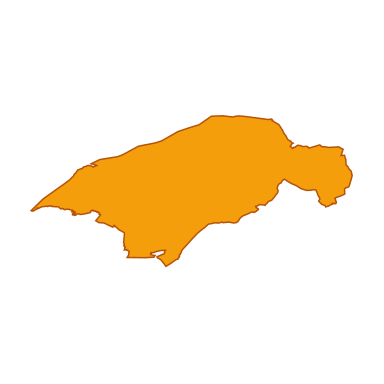 Tinn nor, Telemark, Norway (Robinson projection), rotated 338°
{"feature_id": "86288312B25517815255384", "entity_name": "Tinn nor", "entity_type": "district", "adm_level": 2, "iso_a3": "NOR", "parent_name": "Norway", "parent_adm1": "Telemark", "projection": "robinson", "projection_center": [8.504, 59.975], "detail": "fine", "context": "isolated", "style": "filled", "palette": "amber", "viewbox_px": 384, "rotation_deg": 338, "n_neighbors": 0, "source": "geoboundaries", "source_scale": "gbopen_adm2", "svg_char_len": 5845}
<svg xmlns="http://www.w3.org/2000/svg" viewBox="0 0 384 384"><g transform="rotate(338 192 192)"><path d="M345.0,224.7L346.5,220.2L346.8,219.9L346.8,217.9L347.2,215.1L343.9,214.1L348.1,209.0L346.3,206.9L345.1,205.2L344.2,204.8L343.2,204.5L342.5,204.4L341.3,203.9L335.7,202.0L331.5,199.5L329.3,198.6L328.7,197.5L328.8,197.0L327.5,196.0L325.7,196.0L316.8,195.1L316.6,194.6L316.6,194.0L315.8,192.8L311.5,191.2L310.1,189.7L307.6,188.3L305.8,188.6L304.3,189.2L303.4,188.7L302.9,188.8L301.9,189.3L301.4,189.3L301.3,188.8L301.2,188.0L301.0,187.6L300.4,187.0L300.2,186.3L303.7,184.3L303.4,184.1L303.5,184.3L303.3,184.2L303.1,184.0L303.0,183.5L302.8,183.2L302.7,182.1L300.7,179.6L300.3,178.2L300.1,175.0L299.6,173.4L299.1,172.4L299.3,171.9L299.1,170.4L299.1,168.4L298.8,167.8L298.6,166.0L297.9,162.5L297.5,161.6L295.7,159.4L294.3,157.5L293.6,156.3L293.0,155.9L293.6,155.5L293.2,154.8L293.3,154.5L293.2,154.2L292.0,153.9L291.4,153.6L290.3,153.6L270.0,142.1L264.0,139.0L263.0,138.8L260.5,138.0L258.5,138.0L256.4,136.9L249.1,132.9L238.4,129.0L223.7,132.3L214.7,131.5L201.7,130.7L183.3,133.2L176.7,132.8L159.6,129.5L141.3,131.5L136.3,131.4L118.7,127.4L108.9,128.0L109.0,128.2L109.9,128.6L110.0,128.8L111.2,129.4L111.6,129.9L111.6,130.0L113.0,130.9L113.2,131.4L113.6,131.8L109.8,131.8L109.7,131.5L109.2,131.3L109.0,130.9L108.6,130.6L108.1,129.8L107.7,129.5L107.1,129.3L105.9,128.5L105.3,128.4L103.1,128.5L100.9,128.2L100.0,128.5L99.9,128.7L98.7,129.1L98.6,128.9L94.3,128.8L93.4,129.4L93.3,129.6L92.3,130.1L91.4,130.8L90.1,131.1L89.7,131.5L88.7,132.1L88.4,132.5L87.1,133.4L86.3,133.4L83.5,134.8L74.3,137.2L72.8,137.5L51.6,142.6L35.9,149.0L36.0,149.1L36.1,149.4L36.4,149.6L36.6,149.8L37.9,150.2L39.2,150.1L39.9,149.8L41.5,149.7L41.8,149.1L42.2,148.9L42.4,148.9L42.1,149.3L42.2,149.6L42.7,149.7L46.1,149.5L48.5,149.6L49.2,150.1L51.4,150.5L52.0,150.8L52.5,151.3L53.0,151.2L53.1,151.4L54.1,151.4L54.4,151.6L54.9,151.5L55.6,151.7L55.6,152.0L56.5,152.3L56.6,152.5L56.6,152.8L57.3,153.1L57.6,153.5L59.3,154.1L59.5,154.4L60.4,154.7L61.0,155.1L61.5,155.1L62.2,155.4L62.4,155.7L62.8,156.0L63.1,156.9L63.4,157.3L63.5,157.7L63.9,158.2L64.1,158.3L64.2,158.6L66.0,158.9L66.5,159.6L66.5,159.9L67.3,160.7L68.1,160.9L68.6,160.7L68.9,160.8L71.2,161.8L71.8,162.2L72.3,162.9L72.7,163.0L73.4,163.6L73.9,163.8L74.3,164.0L74.5,164.3L74.9,164.7L74.9,165.1L73.5,165.2L73.2,165.3L73.3,165.4L73.3,165.5L74.2,165.7L74.4,166.0L75.2,166.4L75.6,166.4L76.2,166.7L76.3,166.9L76.2,167.1L75.8,167.2L75.2,167.1L73.5,167.3L73.1,167.5L72.8,167.9L72.9,168.1L72.7,168.2L72.8,168.5L73.3,168.6L74.0,168.4L75.5,168.9L75.4,169.2L74.9,168.9L74.3,169.2L74.0,169.4L74.0,169.6L74.4,169.7L75.5,169.5L75.4,169.8L76.0,169.8L76.2,169.7L75.7,169.6L76.0,169.3L76.4,169.2L77.7,169.4L79.3,170.2L79.6,170.7L80.1,171.0L81.9,171.6L83.2,171.7L84.3,172.1L85.6,172.2L86.2,172.5L87.9,172.6L89.0,173.0L90.0,172.8L90.4,172.6L90.2,172.4L90.5,172.2L91.3,171.6L92.9,171.5L93.1,171.6L92.9,171.9L92.8,172.0L93.3,172.6L95.0,173.2L94.9,173.7L96.0,174.1L96.0,174.3L96.3,174.8L96.7,174.9L96.5,175.4L96.6,175.5L97.9,175.9L98.0,176.2L98.1,176.7L97.9,176.9L97.8,177.5L98.1,177.8L97.8,177.9L98.6,178.5L98.6,179.0L92.0,182.6L94.2,185.5L98.8,187.8L105.4,195.0L107.2,193.7L107.8,194.1L107.8,194.4L107.7,194.5L107.7,194.9L107.6,195.3L108.5,196.0L110.1,199.7L111.9,201.7L113.9,204.3L113.8,205.2L109.5,213.6L109.6,213.9L109.6,214.0L109.7,214.5L109.7,215.1L109.7,215.4L109.3,215.5L108.8,215.9L109.0,216.4L108.9,216.8L109.1,217.0L108.9,217.2L109.3,217.7L109.1,217.9L109.3,218.3L108.6,218.8L108.4,219.2L108.4,219.4L108.2,219.6L108.0,220.1L107.7,220.3L108.1,220.4L108.3,220.3L108.6,220.6L109.0,220.6L108.8,220.7L109.2,220.8L108.9,221.0L109.3,220.9L109.5,221.2L109.8,221.3L110.0,221.6L109.9,221.8L110.7,222.3L111.5,223.5L111.5,224.0L110.5,224.8L109.5,226.8L107.3,228.4L123.8,235.3L132.2,238.2L134.0,237.0L131.5,235.6L130.2,234.3L130.7,233.9L131.1,233.8L131.3,232.9L132.9,233.7L137.2,233.9L140.6,234.5L143.3,235.2L143.8,235.6L145.4,236.0L145.6,236.1L144.0,237.3L143.5,238.5L143.2,238.8L135.3,238.9L135.3,240.1L137.7,243.1L139.1,247.7L140.0,251.2L146.3,250.1L151.7,248.7L153.7,249.0L154.3,248.4L155.1,248.2L155.5,247.8L155.7,247.2L156.2,247.1L156.3,247.0L156.1,246.7L156.5,246.1L156.9,245.9L157.2,245.7L157.6,245.6L157.4,245.6L157.5,245.5L157.4,245.4L157.3,245.2L158.0,245.1L158.4,244.7L158.8,244.5L159.1,244.2L159.5,243.8L159.6,243.6L159.9,243.4L160.2,242.7L162.6,241.3L166.6,239.5L171.8,236.9L176.1,234.8L177.9,234.1L181.4,232.4L186.2,230.8L190.5,229.7L194.7,228.1L196.1,228.1L197.9,228.6L200.2,228.9L202.4,229.4L204.1,230.4L205.9,230.9L208.7,231.2L209.3,232.1L214.9,233.7L218.9,236.3L221.7,237.0L222.2,236.8L223.4,236.7L227.3,234.0L230.4,233.2L236.0,233.2L239.6,232.9L240.3,233.1L242.1,234.2L244.0,234.0L247.0,233.1L247.2,232.6L245.7,230.4L245.6,229.1L247.2,229.4L248.2,229.3L249.9,228.9L250.3,229.2L251.8,230.0L254.2,231.1L254.7,231.8L255.3,231.2L257.3,230.6L258.0,230.0L259.8,229.5L261.2,229.4L262.8,229.5L263.1,229.3L266.2,227.7L269.2,225.8L270.7,225.1L271.8,223.9L272.2,223.3L272.4,221.5L272.2,221.0L272.7,219.9L273.0,219.4L274.8,217.6L276.2,217.0L278.2,216.9L279.9,215.3L282.6,214.7L284.5,217.7L287.5,221.6L291.2,225.3L294.4,229.8L298.8,233.4L302.7,234.9L305.7,235.4L307.5,236.5L307.8,239.4L307.6,241.6L308.1,246.3L306.0,248.0L307.8,252.3L310.3,254.3L310.3,255.9L311.9,256.0L312.8,256.2L316.3,255.8L317.3,256.0L317.5,255.8L317.4,255.4L317.5,255.1L318.7,255.3L318.9,255.5L319.1,255.9L319.8,255.9L320.1,256.5L321.2,256.6L322.3,254.9L321.8,254.5L321.9,253.6L322.4,252.3L322.4,252.1L322.2,252.0L322.4,251.3L323.7,251.1L328.4,251.4L332.9,251.1L334.5,246.5L335.2,245.9L335.6,245.8L338.8,246.0L339.7,245.6L341.1,244.0L342.9,241.6L343.5,241.0L344.0,240.3L346.3,237.3L346.8,236.6L346.6,235.4L347.1,234.7L347.3,232.0L346.4,230.0L346.2,229.3L346.1,227.3L345.8,226.3L345.2,225.3L345.0,224.7Z" fill="#f59e0b" stroke="#b45309" stroke-width="1.5"/></g></svg>